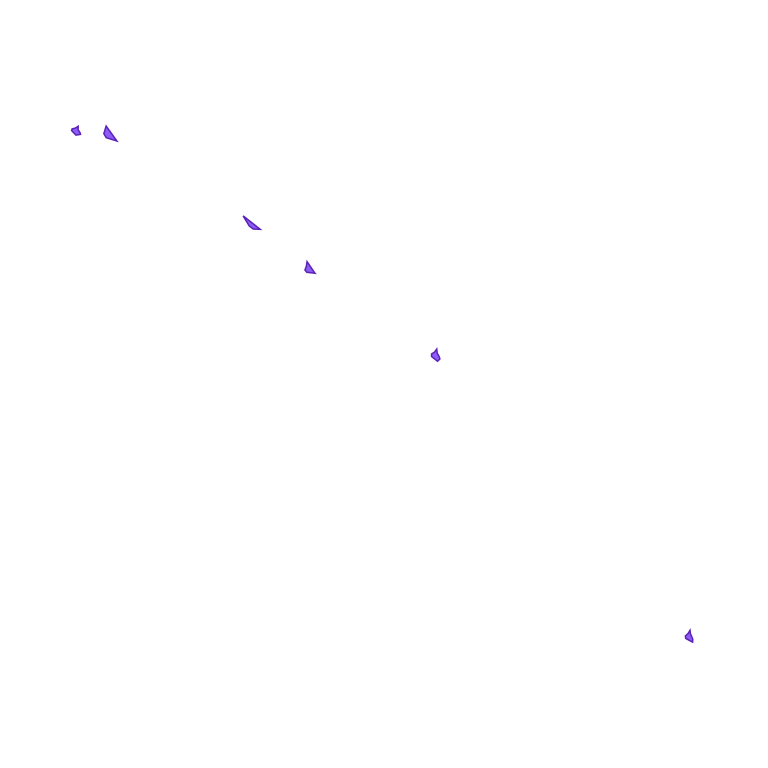 the Atoll of Raa, rotated 318°
{"feature_id": "MDV-5226", "entity_name": "Raa", "entity_type": "Atoll", "adm_level": 1, "iso_a3": "MDV", "parent_name": "Maldives", "parent_adm1": "", "projection": "natural_earth1", "projection_center": [72.972, 5.719], "detail": "coarse", "context": "isolated", "style": "filled", "palette": "violet", "viewbox_px": 768, "rotation_deg": 318, "n_neighbors": 0, "source": "natural_earth", "source_scale": "10m", "svg_char_len": 716}
<svg xmlns="http://www.w3.org/2000/svg" viewBox="0 0 768 768"><g transform="rotate(318 384 384)"><path d="M350.1,6.4L348.1,24.7L342.4,15.1L343.3,10.5L350.1,6.4ZM391.8,164.8L391.9,165.3L395.5,186.2L390.5,181.3L389.6,176.4L391.8,164.8ZM408.7,241.6L406.8,255.3L406.8,255.5L403.3,251.5L401.4,249.4L401.5,246.4L405.1,244.5L408.7,241.6ZM446.6,393.3L444.2,396.7L443.4,400.3L442.3,402.8L439.0,402.9L437.7,395.4L439.5,393.5L442.9,394.1L446.6,393.3ZM329.2,-12.2L326.8,-9.6L326.3,-6.2L325.5,-4.6L323.6,-5.8L321.6,-7.1L321.4,-13.4L323.0,-14.3L325.8,-12.7L329.2,-12.2ZM446.6,771.8L444.7,774.5L442.7,780.3L440.6,782.3L438.0,775.1L439.3,772.9L442.9,772.9L446.6,771.8Z" fill="#8b5cf6" stroke="#5b21b6" stroke-width="1.5"/></g></svg>